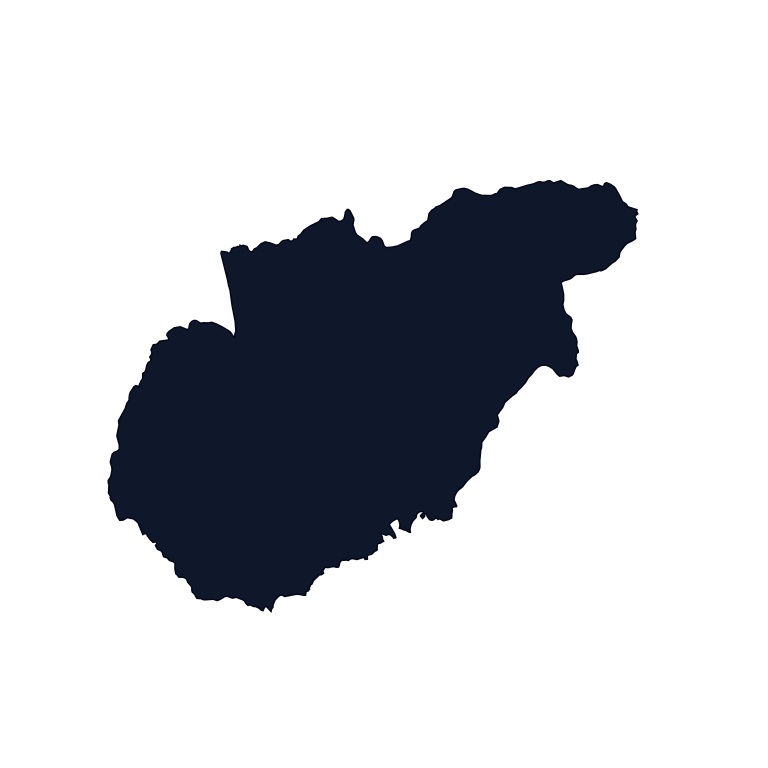 outline of Railaco, Ermera, East Timor, rotated 161°
{"feature_id": "22284137B49797009799058", "entity_name": "Railaco", "entity_type": "district", "adm_level": 2, "iso_a3": "TLS", "parent_name": "East Timor", "parent_adm1": "Ermera", "projection": "natural_earth1", "projection_center": [125.456, -8.681], "detail": "fine", "context": "isolated", "style": "filled", "palette": "ink", "viewbox_px": 768, "rotation_deg": 161, "n_neighbors": 0, "source": "geoboundaries", "source_scale": "gbopen_adm2", "svg_char_len": 6154}
<svg xmlns="http://www.w3.org/2000/svg" viewBox="0 0 768 768"><g transform="rotate(161 384 384)"><path d="M674.9,340.3L670.2,341.2L664.7,338.0L661.8,333.1L661.0,320.2L659.3,320.5L657.1,319.6L657.1,317.2L655.7,313.0L654.0,309.6L650.5,308.8L650.8,307.1L652.7,305.6L651.9,301.4L649.4,299.2L648.5,297.3L648.6,292.5L645.4,290.0L644.4,287.1L640.9,284.4L640.0,282.3L641.8,277.5L642.6,272.4L641.5,270.4L641.0,268.3L636.6,266.5L634.9,265.0L634.2,263.8L634.1,260.5L632.1,255.5L632.0,254.0L632.9,251.2L633.0,249.6L631.4,246.8L631.3,245.0L630.6,242.2L626.8,240.6L625.5,239.3L624.0,238.4L615.6,236.1L612.1,233.5L608.0,233.9L604.1,234.8L602.5,234.7L600.6,233.9L597.1,230.9L593.0,230.4L587.4,225.6L586.4,223.8L586.0,221.5L584.8,219.1L582.5,218.7L579.6,216.0L577.9,215.4L575.1,212.7L573.8,210.2L572.2,209.1L569.7,211.7L568.5,212.2L567.4,211.4L564.9,205.7L563.4,208.0L561.7,209.0L560.9,211.1L557.4,215.2L553.4,217.3L550.9,218.1L549.1,217.6L547.0,215.4L535.7,213.8L532.6,212.7L528.8,210.4L526.9,209.9L525.7,212.5L524.9,213.0L522.8,213.1L522.2,214.0L521.3,214.0L520.9,215.7L519.6,217.0L519.6,217.6L517.0,218.5L514.8,221.1L507.1,224.6L505.3,224.0L502.7,224.8L502.8,226.7L502.3,227.5L499.6,229.8L495.8,228.4L494.1,228.4L490.8,227.7L488.4,226.1L486.8,225.8L486.4,225.8L483.6,229.9L482.1,230.9L481.3,230.9L477.1,229.9L475.3,228.8L472.3,229.5L470.4,229.1L466.8,226.9L459.5,226.7L459.0,224.3L456.7,223.8L456.0,226.5L454.4,227.4L451.2,227.0L447.4,228.8L444.9,229.1L444.2,229.9L444.2,230.6L442.7,234.0L441.6,235.2L439.6,234.7L435.5,235.5L435.9,236.8L435.4,240.7L435.7,243.1L435.0,243.5L431.3,240.3L428.1,240.3L426.7,238.8L425.2,236.2L425.2,235.2L423.3,234.7L422.8,234.9L422.7,239.0L424.7,249.0L424.4,249.9L420.7,251.5L415.7,252.5L414.5,251.2L414.4,247.4L414.8,245.4L416.4,242.6L413.7,240.8L413.1,239.8L411.4,238.9L408.4,235.7L407.4,235.2L406.7,238.3L404.3,242.2L401.5,245.0L397.2,247.3L395.4,250.3L393.1,251.4L391.6,251.6L388.8,250.9L388.5,250.2L388.9,249.2L390.8,248.6L392.5,247.4L391.3,244.3L389.0,245.4L388.4,246.1L388.1,248.2L387.6,248.3L386.4,247.2L386.1,244.1L385.1,241.0L383.1,239.5L381.0,239.5L380.2,240.0L378.3,240.3L377.8,240.0L377.2,238.4L375.0,238.3L372.5,235.4L371.8,235.2L367.3,234.8L363.6,235.3L362.0,239.5L360.3,242.5L360.5,244.1L359.2,245.0L357.9,245.1L355.4,244.4L354.9,245.1L355.6,251.7L353.5,255.2L351.0,257.7L348.1,259.5L343.1,261.3L337.6,265.0L330.9,268.1L327.7,268.6L323.7,270.3L322.5,271.4L321.2,272.8L320.2,274.7L318.5,280.1L314.0,290.1L312.6,291.9L310.5,297.1L304.8,301.1L300.6,304.8L291.1,306.6L287.5,311.6L287.0,318.0L279.3,323.3L275.7,327.3L267.1,330.9L261.8,332.5L259.8,334.2L255.9,335.9L250.0,339.2L245.6,342.8L240.9,345.3L237.4,347.8L233.2,349.7L231.0,350.2L228.4,350.3L224.7,349.1L221.9,346.7L219.4,343.6L217.0,336.8L215.4,334.2L210.6,333.3L207.4,330.8L206.3,330.6L205.4,330.9L205.2,331.4L203.7,330.9L201.9,332.0L197.5,337.4L196.6,338.1L194.4,338.7L194.2,343.4L194.5,345.1L192.2,350.0L190.0,350.7L189.5,352.5L189.4,357.7L188.0,360.5L187.4,363.7L187.4,366.1L188.9,371.5L189.1,375.5L188.1,378.3L185.4,383.4L185.7,385.9L189.1,391.3L189.7,394.9L189.6,396.6L189.1,400.9L186.9,404.7L184.9,410.5L183.5,422.3L181.0,423.0L174.6,422.8L172.3,423.1L168.2,424.8L165.9,424.9L159.5,422.7L155.9,422.0L145.5,421.1L143.9,421.4L142.0,420.4L140.2,420.4L136.7,420.9L129.4,424.0L125.5,424.9L120.3,427.7L118.6,431.0L116.9,432.7L111.9,436.1L108.6,437.8L102.4,438.6L98.8,439.5L97.2,446.0L95.3,448.6L95.1,450.6L94.0,453.6L91.6,455.8L92.5,460.0L92.0,460.9L90.1,461.9L89.7,462.6L89.0,462.0L88.6,462.8L89.2,464.6L88.0,466.4L95.6,472.0L96.5,475.4L99.2,478.9L100.0,485.7L101.4,493.4L102.1,495.3L104.8,499.0L108.2,501.9L110.2,501.7L111.9,499.5L113.5,499.7L117.2,503.0L120.3,503.8L123.6,503.8L127.1,502.9L136.8,504.7L138.5,506.5L140.0,508.9L142.1,510.7L145.4,512.6L150.6,518.7L158.3,518.9L160.9,522.2L163.0,522.8L165.3,522.4L168.1,522.9L170.5,524.4L172.8,524.9L177.4,524.5L183.6,525.2L195.3,525.6L197.3,526.4L199.3,528.2L206.1,530.7L210.9,530.1L215.6,527.0L217.0,527.7L219.2,527.2L221.6,527.4L230.4,530.6L235.3,534.4L241.3,540.8L244.6,542.9L247.9,543.6L253.2,544.0L255.1,543.1L258.3,538.9L260.2,537.8L272.8,534.5L277.4,534.4L278.8,533.5L282.4,532.7L286.0,530.4L288.9,524.9L290.5,523.9L293.1,523.4L297.8,521.4L299.6,519.8L305.3,519.7L307.4,519.2L309.0,517.2L310.2,514.2L312.5,510.8L314.3,511.2L326.0,510.1L331.9,510.8L337.5,512.3L338.9,514.3L339.0,520.0L339.9,522.8L341.8,524.7L344.0,526.2L347.2,526.9L349.3,525.7L351.0,524.1L353.0,523.1L354.5,523.3L356.7,527.8L361.3,534.1L361.8,537.2L361.6,544.7L359.1,548.9L358.7,550.9L359.8,558.9L360.8,560.6L362.0,561.0L364.5,559.2L366.9,554.8L368.9,552.6L372.2,551.9L374.0,552.6L378.6,558.5L384.2,559.2L389.2,560.7L392.7,558.6L402.1,557.5L409.8,555.5L414.2,552.6L416.9,551.8L418.9,549.3L422.3,550.4L423.3,549.3L425.6,549.1L427.6,551.6L432.6,552.4L434.3,552.1L437.9,550.1L440.7,550.3L445.5,554.2L450.1,557.1L454.8,556.6L460.0,554.1L462.5,554.0L465.1,552.1L466.6,552.2L467.8,553.2L468.5,555.0L468.7,558.6L472.1,561.0L474.1,561.1L475.0,562.1L475.8,560.7L477.6,561.7L480.3,561.4L481.5,562.0L484.2,561.4L484.9,560.1L487.7,557.9L488.8,558.6L489.4,559.8L494.4,562.3L495.6,560.8L498.0,533.5L498.9,527.4L499.0,523.1L502.1,507.5L504.3,491.7L506.8,482.5L509.2,478.9L510.1,476.6L511.1,478.4L512.4,483.2L513.8,485.2L518.7,491.0L523.4,495.7L527.0,498.5L530.1,498.9L535.2,500.8L536.9,501.0L538.2,501.8L540.5,504.7L542.3,505.8L544.4,505.9L546.7,505.1L548.2,504.0L550.7,499.7L552.5,499.6L557.9,504.4L564.1,505.4L570.1,503.7L572.5,502.4L573.4,500.8L572.6,496.7L574.0,495.9L582.1,497.5L585.8,495.5L589.4,496.2L593.2,492.2L593.1,489.6L594.2,487.5L596.7,485.8L596.3,483.2L597.3,481.7L600.2,480.9L602.0,479.1L604.9,474.5L606.4,473.1L608.6,472.6L610.4,467.7L612.6,466.1L617.3,460.9L617.9,462.4L619.2,463.3L621.2,462.9L626.5,458.8L628.3,456.5L630.4,451.6L633.4,449.5L636.7,445.0L647.0,435.7L647.8,431.6L653.5,421.9L654.1,412.8L655.5,408.5L656.7,407.8L658.4,407.4L661.3,407.3L663.8,406.1L667.9,399.8L668.3,398.5L668.5,393.6L669.2,391.2L672.5,385.4L676.1,382.6L676.9,380.2L676.9,378.1L680.0,370.6L679.2,367.0L679.9,365.7L679.9,363.2L678.4,360.2L678.0,357.8L679.3,346.6L679.1,344.9L678.2,341.1L674.9,340.3Z" fill="#0f172a" stroke="#020617" stroke-width="1.5"/></g></svg>